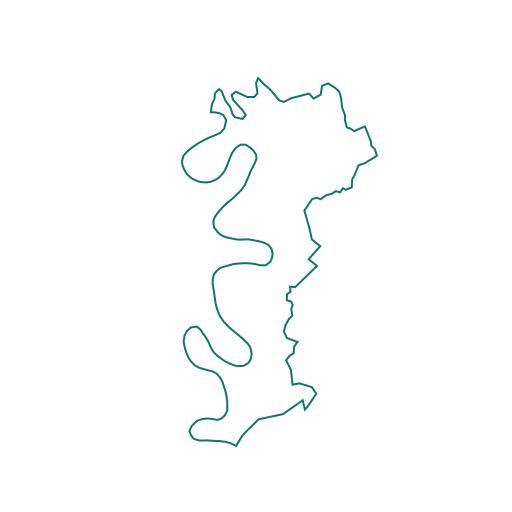 the district of Marcelino Ramos, Rio Grande do Sul, Brazil, rotated 221°
{"feature_id": "56859067B19657711015039", "entity_name": "Marcelino Ramos", "entity_type": "district", "adm_level": 2, "iso_a3": "BRA", "parent_name": "Brazil", "parent_adm1": "Rio Grande do Sul", "projection": "natural_earth1", "projection_center": [-51.946, -27.463], "detail": "fine", "context": "isolated", "style": "outline", "palette": "teal", "viewbox_px": 512, "rotation_deg": 221, "n_neighbors": 0, "source": "geoboundaries", "source_scale": "gbopen_adm2", "svg_char_len": 3223}
<svg xmlns="http://www.w3.org/2000/svg" viewBox="0 0 512 512"><g transform="rotate(221 256 256)"><path d="M221.6,136.1L216.7,138.6L213.1,140.4L208.6,141.4L203.6,140.7L199.1,139.2L195.3,136.9L190.7,134.1L187.4,131.8L184.8,129.5L182.1,127.2L179.5,124.2L176.3,120.6L174.9,115.1L175.6,110.3L177.6,107.0L181.1,104.9L185.6,101.9L189.8,97.5L192.5,92.6L193.0,85.7L191.5,80.3L187.9,78.2L183.2,77.2L178.2,79.3L175.3,81.6L171.9,84.8L169.1,86.9L166.4,88.9L162.6,92.0L157.4,95.6L152.5,98.0L146.4,99.6L148.3,110.3L148.4,114.9L146.9,134.5L131.9,154.3L126.1,177.7L118.3,172.2L118.3,176.5L120.1,191.5L127.8,193.7L139.5,188.5L144.0,182.9L155.0,193.0L164.8,197.0L165.2,202.6L163.8,207.4L167.8,212.7L168.3,218.3L178.8,214.4L185.3,217.2L188.4,223.3L189.9,230.5L189.5,234.9L194.6,239.0L196.2,243.2L199.9,244.7L203.7,242.8L207.5,247.5L206.5,251.7L210.2,255.2L206.0,258.2L203.5,288.5L214.1,288.1L214.1,298.9L214.0,305.5L224.8,305.2L234.0,312.1L249.3,322.0L251.0,335.9L248.2,339.9L244.6,341.2L242.6,348.6L239.8,352.2L238.3,357.3L234.2,359.3L234.9,364.1L231.8,364.8L228.8,370.5L233.8,377.2L234.5,381.0L238.1,391.8L234.9,397.1L230.5,410.9L236.2,414.5L241.4,414.9L244.2,417.7L258.8,425.3L263.8,414.7L268.4,414.1L271.7,412.6L278.3,417.1L281.0,420.5L288.7,424.7L295.1,430.8L300.8,434.6L306.2,434.8L314.8,433.6L317.8,427.8L313.0,420.2L315.9,412.6L322.5,413.4L333.2,397.8L336.0,390.6L340.4,388.7L354.9,391.0L361.6,390.8L371.1,391.6L369.5,386.6L361.6,379.7L361.6,374.9L366.7,370.4L379.0,366.7L380.0,361.6L375.6,358.8L361.4,357.1L356.2,355.6L356.0,350.6L362.8,347.0L366.4,347.5L372.6,351.2L381.2,353.3L390.0,357.8L393.3,357.8L393.7,351.7L390.7,347.8L388.5,341.0L384.4,334.9L380.6,337.9L377.2,339.8L373.0,340.9L367.6,339.0L363.6,331.5L363.7,325.6L365.9,320.6L369.2,314.3L372.0,307.4L374.0,301.6L375.6,295.1L376.5,288.9L376.5,284.0L374.1,279.0L370.9,276.2L367.3,274.3L361.8,272.4L355.3,272.4L348.6,274.3L344.6,276.7L341.6,279.1L339.2,281.8L337.1,285.7L335.6,289.9L335.2,294.7L335.5,299.4L336.9,304.6L338.3,308.4L340.0,312.9L341.6,317.8L342.2,324.3L340.6,330.0L336.9,333.2L331.1,334.0L326.9,333.8L322.4,332.6L319.4,329.6L318.0,325.8L316.9,321.4L315.7,316.4L314.1,312.1L312.7,307.6L311.0,302.3L310.4,295.5L310.8,289.6L311.3,284.8L311.9,280.7L312.9,274.9L313.2,269.5L313.2,263.7L312.7,258.4L311.0,254.2L306.3,250.0L300.8,248.9L297.1,248.9L293.7,249.4L290.0,251.0L285.6,253.4L281.8,255.6L279.0,257.6L275.3,261.2L271.7,264.2L267.5,266.7L263.5,269.0L259.2,271.1L253.7,272.5L249.1,271.6L245.4,269.0L243.0,265.9L241.4,261.2L242.6,255.3L246.8,251.7L252.1,248.9L256.2,246.1L259.8,243.2L263.3,239.8L267.7,235.2L270.6,230.7L273.0,227.1L275.4,223.0L275.9,218.3L275.6,214.4L273.5,210.2L270.5,206.6L265.0,202.1L259.8,197.5L255.8,194.1L252.3,191.5L248.4,189.2L244.2,187.1L237.7,185.3L231.4,184.6L223.4,184.6L218.6,184.8L214.9,184.8L209.7,184.8L205.3,184.5L201.8,183.8L198.6,182.2L195.0,179.2L192.2,174.6L191.6,170.2L193.3,165.0L197.1,161.2L200.6,159.2L204.8,157.7L210.3,156.2L214.2,155.8L219.7,155.3L225.1,155.7L229.7,157.2L236.1,160.2L241.9,162.1L245.2,162.7L249.3,164.0L254.3,164.0L258.4,159.2L258.8,153.8L257.7,148.9L254.3,143.7L249.3,139.9L244.4,136.9L240.3,135.0L235.8,133.8L230.5,133.3L226.1,134.2L221.6,136.1Z" fill="none" stroke="#0f766e" stroke-width="2"/></g></svg>